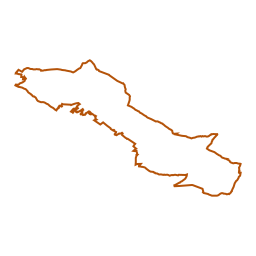 the district of Grozesti, Mehedinti, Romania
{"feature_id": "2599482B51368795082410", "entity_name": "Grozesti", "entity_type": "district", "adm_level": 2, "iso_a3": "ROU", "parent_name": "Romania", "parent_adm1": "Mehedinti", "projection": "equal_earth", "projection_center": [23.327, 44.633], "detail": "fine", "context": "isolated", "style": "outline", "palette": "amber", "viewbox_px": 256, "rotation_deg": 0, "n_neighbors": 0, "source": "geoboundaries", "source_scale": "gbopen_adm2", "svg_char_len": 5748}
<svg xmlns="http://www.w3.org/2000/svg" viewBox="0 0 256 256"><path d="M155.5,121.4L155.3,121.2L151.2,119.1L147.6,117.6L146.6,116.9L146.2,116.3L144.4,115.4L141.7,113.5L139.9,112.6L138.8,111.3L137.9,111.1L136.8,110.4L135.4,109.8L134.0,108.5L132.5,107.6L131.6,106.9L127.9,105.4L129.4,101.0L129.7,99.7L129.7,97.2L130.0,96.4L129.9,96.1L129.7,95.9L129.1,94.9L125.7,92.6L125.4,91.5L125.3,90.5L125.7,89.2L125.1,87.8L124.7,86.2L124.6,85.1L124.2,84.5L123.6,84.0L123.2,83.3L122.6,83.4L117.3,80.9L109.1,75.1L109.0,74.8L99.1,71.1L98.7,70.2L97.4,69.5L97.0,69.7L96.3,69.2L94.0,64.3L93.1,63.5L92.3,62.4L90.9,61.0L89.8,60.3L87.6,61.5L86.8,62.4L85.1,63.2L83.0,63.2L82.7,63.3L82.4,63.8L82.0,65.0L80.3,68.1L79.1,68.5L76.9,70.0L75.4,71.2L73.3,72.4L72.7,72.3L70.9,71.5L66.2,70.6L65.1,70.3L62.1,70.0L60.8,69.6L58.7,69.3L57.2,69.1L51.0,69.5L46.2,70.0L45.9,70.2L44.5,70.2L43.0,70.6L41.1,70.7L41.0,70.1L39.0,69.2L38.5,69.4L36.6,69.1L35.3,69.4L33.3,69.4L32.2,69.0L31.0,69.0L30.2,68.9L28.5,68.1L27.1,68.0L24.0,69.4L23.6,69.9L23.5,70.2L23.1,70.5L22.5,71.4L22.1,71.8L18.5,69.8L16.7,71.9L17.0,71.9L15.9,73.5L17.0,73.6L18.9,74.2L19.3,74.1L20.3,74.4L21.2,74.3L21.5,74.5L21.2,77.0L22.8,77.1L23.3,77.3L23.0,79.2L23.7,79.0L24.2,77.2L24.4,77.3L24.5,76.9L24.7,77.2L25.9,78.6L24.6,80.5L24.5,81.1L23.3,81.8L22.6,82.4L20.1,83.3L19.5,83.6L19.0,84.4L18.4,84.7L15.8,84.6L15.4,85.4L18.5,86.9L20.0,87.1L22.2,87.6L24.2,88.7L25.5,89.1L26.4,89.8L27.0,90.7L27.5,91.0L27.8,91.7L28.3,92.4L31.2,94.4L31.3,94.7L32.1,95.2L32.5,95.9L33.0,96.3L33.3,96.5L34.0,96.4L35.7,97.6L37.2,100.3L38.1,101.1L41.0,102.2L43.0,102.1L44.6,102.5L46.7,103.8L47.4,104.0L48.3,104.5L49.6,105.8L51.1,106.9L53.1,107.9L55.4,109.9L56.4,110.4L57.2,108.9L57.5,108.9L57.9,108.5L58.7,108.1L58.9,107.5L58.5,107.4L58.9,106.9L58.7,106.8L59.3,105.9L59.7,106.0L60.1,105.6L60.4,105.7L61.0,106.4L61.6,106.6L62.0,106.3L61.9,106.1L61.4,106.0L61.4,105.8L61.6,105.4L61.6,105.1L62.1,103.9L63.0,104.3L70.6,104.7L71.0,105.1L71.9,104.7L74.5,103.8L76.3,103.3L78.4,103.0L79.7,104.1L78.7,104.7L77.6,105.7L77.0,106.3L76.6,107.1L77.5,107.5L77.6,107.9L77.9,108.3L77.4,108.7L76.8,108.7L76.6,108.3L76.4,108.4L76.3,109.2L75.1,108.6L74.5,108.9L74.2,108.7L73.7,108.7L73.0,109.2L71.0,111.6L72.5,112.3L72.9,112.7L73.2,112.3L72.5,111.9L72.6,111.7L73.0,111.7L73.0,111.4L73.1,111.2L74.3,110.2L75.4,110.9L75.4,111.2L77.0,112.1L76.8,112.3L77.0,112.4L77.9,111.7L78.3,111.9L80.6,110.6L82.7,109.1L83.2,109.9L82.8,110.2L82.3,111.0L82.4,111.3L81.7,112.1L81.7,112.4L82.3,112.3L82.3,112.5L82.1,112.9L81.7,113.3L80.8,113.6L80.6,114.1L80.8,114.4L82.2,114.3L83.2,114.7L83.2,115.0L84.7,114.8L84.6,114.5L85.0,114.5L85.9,113.8L85.9,113.2L87.3,112.5L88.7,111.4L89.1,111.4L89.6,111.6L90.2,112.2L88.7,113.0L89.8,114.1L90.3,114.3L91.0,114.3L91.4,113.6L91.9,113.7L92.7,114.2L94.9,116.0L95.2,115.7L95.9,116.1L95.2,117.0L95.6,117.8L95.4,118.5L95.6,118.9L96.4,119.5L94.8,120.0L94.2,120.3L100.3,124.5L103.1,122.4L107.2,125.8L110.5,128.2L110.8,129.0L113.0,130.4L113.9,129.9L114.2,130.1L114.3,131.1L116.1,132.0L115.9,132.8L114.7,134.2L114.8,134.6L116.5,135.2L119.1,133.5L119.4,133.7L120.3,133.6L121.0,133.4L122.0,132.8L122.5,133.3L121.8,133.8L122.2,134.0L122.3,134.4L122.1,135.0L125.6,137.9L127.0,138.6L127.1,138.9L127.7,138.8L135.2,143.8L133.9,145.4L133.4,146.3L136.2,148.7L135.2,149.3L133.4,150.9L134.6,151.1L136.5,151.0L136.5,151.4L137.1,153.2L137.1,153.9L136.7,154.5L137.5,154.7L136.5,155.8L135.8,157.9L135.8,162.3L135.6,164.7L137.0,164.0L140.8,163.9L140.2,164.6L139.4,165.3L138.9,165.9L139.0,166.4L140.9,166.6L142.0,166.9L142.6,166.9L144.7,167.4L145.5,167.9L146.0,168.5L148.9,170.7L150.5,171.6L153.3,171.9L153.6,172.3L154.5,172.5L154.6,172.8L155.2,173.0L155.4,173.3L157.2,173.5L159.1,174.5L161.0,174.4L163.4,174.9L164.1,174.6L164.9,174.9L167.3,174.7L168.3,175.0L169.7,175.7L171.0,175.2L172.2,175.0L172.9,175.2L174.8,174.8L175.4,174.8L178.1,175.4L178.7,174.8L185.4,175.0L186.9,174.5L186.7,175.9L186.4,176.7L185.8,177.6L185.5,178.4L185.0,178.9L181.7,181.4L181.0,181.6L180.2,182.2L179.8,182.7L179.3,182.7L175.7,184.7L174.7,185.2L173.5,185.4L174.5,185.5L174.5,185.9L174.6,186.2L179.0,186.0L191.9,185.0L192.7,185.1L202.5,188.8L203.3,191.5L202.9,192.2L203.7,193.0L208.1,194.0L208.6,194.4L212.0,195.7L216.9,195.7L218.4,195.2L220.3,193.7L221.5,193.2L222.8,193.2L223.7,193.7L224.6,193.7L226.0,193.9L226.7,194.3L228.0,194.1L228.5,193.8L229.2,194.1L230.9,192.5L231.3,191.5L231.8,191.3L231.8,190.8L232.5,189.1L233.6,186.9L234.7,183.3L236.2,180.9L237.1,180.3L237.5,179.7L238.5,178.0L238.8,176.9L240.1,175.7L240.6,173.0L239.8,173.2L239.2,172.9L239.5,171.7L239.0,171.8L239.3,168.9L239.0,167.9L239.1,167.4L239.6,166.7L240.2,165.3L240.6,163.9L240.1,163.7L238.3,163.6L236.6,163.0L234.7,163.0L233.5,163.3L232.8,163.2L230.7,162.4L230.1,161.9L229.4,160.6L226.2,158.9L226.4,158.8L224.6,158.5L223.6,158.0L222.4,157.7L221.9,157.4L220.4,155.8L218.7,155.1L217.6,154.3L216.8,153.9L215.8,153.1L214.4,152.1L209.4,150.3L206.9,148.6L207.4,147.4L207.7,147.1L207.7,146.8L210.4,144.2L211.0,143.7L211.4,143.3L211.7,141.9L212.4,140.6L212.3,140.3L212.6,139.6L213.2,139.2L214.6,137.4L214.9,137.2L215.9,136.1L216.2,135.6L217.0,135.0L217.3,134.5L217.2,134.1L214.6,134.1L213.3,134.0L212.5,134.2L211.7,134.1L211.1,134.3L211.0,134.7L210.8,134.9L209.9,135.2L209.1,135.9L207.9,136.5L206.7,136.6L205.0,136.1L203.5,136.4L202.3,136.1L201.6,136.6L200.3,136.1L199.6,136.4L199.1,136.3L198.7,136.5L198.3,136.4L197.7,136.6L196.9,136.7L195.4,137.4L194.2,137.7L193.1,137.8L191.4,138.4L190.0,137.8L187.3,137.1L186.9,136.7L185.9,136.2L181.9,135.8L175.8,134.5L176.9,133.6L174.0,133.8L172.8,133.3L172.6,132.5L172.4,132.0L172.2,130.7L171.7,130.3L170.9,129.7L169.2,128.9L167.9,127.8L165.3,126.1L163.5,124.5L162.9,124.2L162.5,123.6L161.1,123.2L160.4,122.6L159.7,122.4L157.7,121.4L155.5,121.4Z" fill="none" stroke="#b45309" stroke-width="2"/></svg>